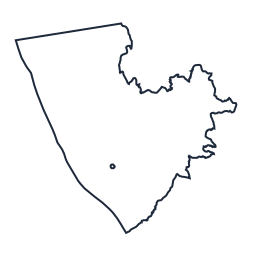 Moba, Katanga, Democratic Republic of the Congo, rotated 178°
{"feature_id": "63176286B25314267977171", "entity_name": "Moba", "entity_type": "district", "adm_level": 2, "iso_a3": "COD", "parent_name": "Democratic Republic of the Congo", "parent_adm1": "Katanga", "projection": "natural_earth1", "projection_center": [29.107, -7.404], "detail": "fine", "context": "isolated", "style": "outline", "palette": "slate", "viewbox_px": 256, "rotation_deg": 178, "n_neighbors": 0, "source": "geoboundaries", "source_scale": "gbopen_adm2", "svg_char_len": 5671}
<svg xmlns="http://www.w3.org/2000/svg" viewBox="0 0 256 256"><g transform="rotate(178 128 128)"><path d="M43.0,99.0L43.1,99.6L45.1,100.8L46.9,101.2L47.9,102.1L48.7,102.3L49.8,101.6L51.3,101.8L52.5,102.6L53.4,103.7L53.6,104.5L53.0,106.9L52.2,106.5L51.7,106.7L51.3,106.3L51.0,106.3L50.7,107.2L49.8,107.3L48.8,108.0L47.0,107.8L46.6,107.2L45.8,107.5L45.5,107.1L44.2,106.9L44.5,106.3L44.3,106.0L43.6,106.4L43.0,106.2L42.6,106.4L41.8,105.9L41.1,106.2L41.4,108.0L42.8,109.3L44.9,111.8L45.4,113.4L45.9,113.9L48.1,114.8L50.3,116.4L50.7,116.8L50.7,117.7L50.1,120.9L49.3,122.4L48.9,122.3L48.0,123.3L47.5,123.4L47.0,123.7L46.0,123.6L45.2,123.0L44.9,123.1L44.8,123.6L44.5,123.5L44.3,123.9L43.8,123.8L43.3,124.7L41.7,124.4L41.8,125.0L41.7,125.7L41.8,127.8L42.2,128.4L42.3,130.8L42.8,131.5L43.8,134.7L44.0,134.9L44.7,136.7L44.8,139.3L44.0,139.9L42.0,140.3L40.8,139.4L38.2,139.7L37.2,140.4L36.5,140.5L34.7,139.9L33.6,140.0L31.9,141.0L30.4,141.5L28.2,141.5L27.0,140.8L26.2,141.0L25.5,141.6L23.8,139.9L22.7,140.0L21.4,140.9L19.1,146.7L18.9,147.8L19.3,149.0L22.4,149.5L23.8,151.6L24.8,153.5L25.9,154.5L26.7,153.7L26.6,153.3L26.7,152.9L27.2,152.6L27.9,152.6L29.0,151.7L30.3,152.0L30.5,151.5L32.8,151.1L34.1,152.4L34.9,152.9L35.8,153.1L37.2,154.1L37.6,154.1L37.9,154.3L38.5,155.1L38.7,156.4L39.3,156.7L40.6,157.6L40.2,159.9L39.7,161.8L39.6,164.3L41.0,167.0L41.6,168.8L42.2,170.9L42.0,172.0L42.9,172.6L43.8,172.8L45.4,173.5L45.5,174.6L45.1,175.7L42.9,178.0L42.7,179.6L44.0,179.6L44.7,179.9L45.8,179.6L47.1,180.3L47.8,181.2L48.6,181.8L49.1,182.0L51.0,182.0L52.0,183.2L53.1,187.8L53.9,188.4L54.9,188.6L58.5,188.4L59.6,187.8L60.7,186.5L61.2,184.9L61.4,184.8L61.1,184.3L61.3,184.1L61.4,183.8L61.6,183.6L61.8,183.9L62.1,183.6L61.8,183.2L61.8,182.9L62.0,182.9L62.2,183.1L62.4,183.0L62.5,182.7L62.9,182.6L62.4,182.3L62.6,181.8L62.5,181.0L62.8,180.7L62.6,180.5L62.9,180.0L63.2,179.6L63.3,179.0L63.3,178.2L63.5,178.0L63.4,177.8L63.9,177.4L63.7,176.8L63.9,176.1L64.5,175.9L64.6,175.3L64.8,174.9L65.2,174.7L65.3,174.0L65.6,173.5L65.1,172.8L65.2,172.2L65.7,172.3L68.3,174.7L68.9,175.0L70.5,177.2L71.6,177.5L75.5,177.2L76.5,177.5L76.3,178.3L75.8,179.3L76.2,179.7L77.6,179.5L80.3,177.5L81.2,177.2L82.1,177.1L82.8,177.3L83.8,177.1L84.2,176.7L84.1,175.4L83.9,175.4L83.9,174.8L84.3,174.7L84.1,174.4L83.7,174.5L83.6,174.1L83.8,173.7L84.6,173.1L84.3,172.8L84.4,172.5L84.3,172.1L83.9,172.1L84.0,171.6L83.8,171.4L83.3,171.4L83.1,170.9L82.7,170.5L82.9,169.8L83.9,168.9L84.2,168.3L84.2,167.7L83.6,166.8L82.6,166.4L82.8,165.6L82.9,165.4L83.5,165.6L83.9,165.3L84.1,164.6L84.3,164.6L84.7,165.1L85.1,165.2L85.1,164.4L86.1,164.5L86.9,163.5L87.4,163.4L88.6,165.6L89.6,166.7L92.8,167.9L94.5,165.7L97.9,162.3L98.9,162.2L102.6,162.9L103.7,163.5L104.7,164.6L106.7,165.3L111.9,162.7L112.1,162.7L112.5,163.1L113.1,162.9L113.5,162.3L113.9,162.4L114.3,162.9L114.5,163.6L114.3,164.3L114.0,164.5L113.8,165.0L113.8,165.9L114.3,167.7L114.8,168.5L115.2,168.6L115.6,168.4L116.1,169.1L115.3,170.6L115.2,171.3L117.1,170.6L117.8,170.8L118.0,171.1L118.1,172.7L118.0,174.8L118.2,176.0L118.9,177.3L119.2,177.6L119.8,177.8L121.1,177.3L121.4,176.9L121.6,176.1L122.6,175.2L122.8,174.5L124.5,173.7L125.0,173.2L125.5,171.9L126.1,172.2L126.4,173.0L127.0,173.5L127.4,175.0L130.7,181.6L130.9,184.0L131.4,184.4L131.8,184.6L132.4,184.3L133.3,183.6L134.0,183.4L134.2,183.8L134.2,184.1L133.7,184.7L134.1,185.3L134.2,186.9L134.5,187.8L134.3,189.0L134.8,190.5L134.6,191.9L134.0,193.1L133.7,194.5L133.0,196.4L133.1,197.2L132.7,199.3L132.1,200.7L131.8,200.9L131.2,201.0L130.3,201.8L129.3,201.9L127.9,202.5L127.0,202.6L126.3,203.5L126.1,204.6L127.0,208.7L126.6,209.3L124.9,210.1L123.4,210.0L123.2,209.1L122.3,207.1L121.9,207.2L121.3,210.7L121.2,215.0L122.0,216.0L122.6,218.0L123.0,220.5L124.1,222.0L124.6,226.0L125.2,227.4L126.3,228.9L127.7,229.8L129.5,230.1L130.6,231.1L131.1,232.7L237.1,219.6L234.7,210.7L232.0,202.0L227.3,192.8L223.0,186.4L220.1,173.8L217.3,164.6L211.7,149.0L203.5,129.4L201.3,123.4L199.1,116.1L194.6,108.9L192.8,104.6L191.4,99.5L190.1,96.1L179.7,77.0L177.4,73.8L173.6,69.2L163.6,60.4L156.4,54.5L149.3,47.6L146.1,44.0L142.0,38.2L138.9,32.9L133.6,23.3L130.0,24.8L128.7,26.4L123.1,29.1L120.5,31.7L119.4,32.3L117.9,33.4L117.6,33.3L117.6,34.3L117.4,34.8L116.5,34.9L115.8,35.3L115.1,35.2L113.0,35.4L112.8,35.0L112.3,35.0L111.9,35.8L111.7,35.7L111.5,37.0L110.9,37.4L110.5,38.2L109.8,38.7L109.2,38.7L109.0,39.0L108.4,39.1L107.9,39.4L107.1,41.2L107.2,42.6L107.1,42.8L106.6,42.8L106.2,42.4L106.0,42.5L105.7,42.7L105.4,43.7L105.6,44.4L104.9,45.0L104.8,45.4L104.6,45.6L103.8,45.7L103.7,46.1L103.4,46.2L103.4,46.6L103.6,46.7L103.7,47.0L103.3,47.7L103.7,48.2L103.3,48.6L103.3,49.0L102.3,50.1L102.1,50.7L102.1,52.0L100.9,54.0L100.1,54.4L97.4,54.7L96.9,55.1L95.1,57.1L94.5,57.4L94.0,57.9L92.7,58.6L91.3,60.4L90.5,62.0L88.3,64.3L87.5,66.7L85.9,67.8L84.6,74.1L82.2,77.3L81.0,80.0L80.5,80.3L79.4,79.5L78.4,78.4L75.5,77.4L73.5,77.2L70.0,76.3L68.0,75.6L68.2,77.0L68.7,77.6L68.5,78.0L68.4,78.4L69.3,81.4L69.7,82.4L70.6,83.4L71.6,84.2L71.0,85.2L70.7,86.4L70.8,86.7L70.4,86.9L70.2,86.8L69.9,87.0L69.2,86.9L68.8,87.1L68.4,87.6L68.2,88.4L68.4,90.7L68.1,91.7L68.1,92.2L68.4,92.4L67.5,93.8L67.5,94.9L67.5,95.5L68.2,96.8L68.3,97.4L67.9,98.1L64.8,96.0L59.7,95.8L59.2,96.4L57.9,97.0L57.3,96.9L56.7,96.5L55.9,96.4L54.5,97.1L54.3,96.6L54.0,96.5L53.6,96.8L53.1,96.5L52.6,96.5L52.3,96.1L52.0,96.1L51.8,95.4L51.4,95.3L51.0,95.6L50.0,95.7L49.2,96.2L48.7,96.1L48.3,96.5L47.4,96.6L46.8,97.2L46.5,97.3L46.1,98.4L45.7,98.7L44.7,98.8L43.9,99.3L43.0,99.0ZM146.6,90.8L146.4,91.5L145.3,92.1L144.0,92.0L143.6,91.4L143.5,90.9L143.0,90.7L142.6,90.0L143.0,89.0L143.9,88.4L145.5,88.3L146.1,88.7L146.5,89.3L146.7,90.0L146.6,90.8Z" fill="none" stroke="#1e293b" stroke-width="2"/></g></svg>